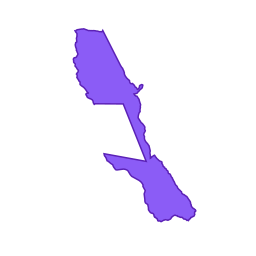 the district of La Poma, Salta, Argentina, rotated 329°
{"feature_id": "61730980B84051306954372", "entity_name": "La Poma", "entity_type": "district", "adm_level": 2, "iso_a3": "ARG", "parent_name": "Argentina", "parent_adm1": "Salta", "projection": "natural_earth1", "projection_center": [-66.198, -24.176], "detail": "fine", "context": "isolated", "style": "filled", "palette": "violet", "viewbox_px": 256, "rotation_deg": 329, "n_neighbors": 0, "source": "geoboundaries", "source_scale": "gbopen_adm2", "svg_char_len": 5940}
<svg xmlns="http://www.w3.org/2000/svg" viewBox="0 0 256 256"><g transform="rotate(329 128 128)"><path d="M141.0,210.1L140.7,209.6L140.5,208.4L140.0,206.8L139.7,205.3L139.8,204.4L139.9,204.0L140.0,203.3L139.9,202.6L139.6,201.8L139.5,200.5L139.9,198.1L139.9,196.1L140.1,195.1L140.0,194.5L140.1,194.1L140.3,193.7L140.0,192.1L140.0,191.6L140.2,191.1L140.3,189.8L140.3,189.2L140.0,188.6L139.4,188.0L139.3,187.7L139.4,187.1L139.6,186.6L140.0,185.6L139.8,184.8L139.6,184.4L139.4,183.9L139.6,182.6L139.4,182.1L138.9,181.4L138.9,181.1L138.9,180.7L139.1,180.4L138.5,179.3L138.4,179.0L138.7,178.2L138.8,177.1L138.9,176.6L138.7,175.9L138.8,175.7L139.3,175.2L139.5,174.7L139.5,174.4L139.2,174.1L139.1,173.7L138.3,172.8L137.8,171.7L137.5,170.6L136.9,168.6L137.0,167.8L136.7,167.0L136.7,166.5L136.8,165.5L136.7,165.0L135.5,164.8L134.7,165.0L134.2,165.1L133.7,164.9L133.3,165.1L132.6,165.4L131.6,165.4L133.0,163.1L133.9,160.7L134.5,159.9L135.1,159.3L135.4,158.7L136.9,153.9L136.7,152.9L136.7,151.5L136.3,149.7L136.2,149.0L136.2,147.4L136.3,146.7L136.6,145.6L137.3,144.4L137.7,143.9L137.9,141.9L139.2,140.6L139.9,140.3L141.0,139.6L141.4,139.3L141.6,138.6L141.5,138.1L141.7,137.6L142.0,137.3L142.0,136.9L142.9,136.0L143.0,134.9L142.9,134.3L142.8,132.7L142.5,131.2L142.0,130.2L142.1,128.3L141.9,127.9L141.8,127.5L142.0,127.1L142.0,125.8L141.8,125.4L142.2,123.9L143.7,122.2L145.0,121.0L146.0,120.4L146.7,120.3L147.1,119.7L147.3,119.1L147.7,118.5L149.0,117.0L149.4,116.5L149.6,115.9L149.9,115.5L150.8,114.6L151.0,113.8L151.2,112.7L151.6,111.1L151.9,110.0L152.2,109.2L152.2,108.6L152.1,107.9L152.1,105.9L152.0,105.2L151.3,104.9L151.0,104.3L150.9,103.9L150.7,103.5L150.7,101.9L152.9,102.7L154.1,102.8L155.1,102.2L156.1,102.1L158.3,101.3L159.9,101.2L161.0,100.8L162.8,98.9L162.5,98.2L162.1,97.8L160.3,97.6L159.9,97.7L159.6,97.8L158.9,98.7L158.2,99.3L157.0,99.8L156.1,99.9L155.9,99.6L155.9,99.2L156.0,98.4L155.9,97.9L155.8,97.3L155.3,96.8L155.3,96.4L155.4,94.5L155.3,94.1L155.1,93.7L155.0,92.9L154.8,92.5L154.8,92.2L154.5,92.0L153.7,91.8L153.4,91.6L153.0,90.6L153.1,89.4L153.3,89.0L153.7,88.2L153.7,87.8L153.3,87.0L152.9,85.5L152.6,84.4L152.5,82.8L152.4,82.5L152.6,80.3L153.0,79.2L153.4,78.6L153.6,77.4L153.8,76.6L153.9,75.0L154.1,74.2L154.1,73.9L153.9,73.2L153.8,72.2L153.8,70.2L156.6,31.4L156.3,31.6L156.0,31.7L155.6,32.0L155.2,32.1L154.0,31.2L153.2,30.8L153.0,30.6L152.5,30.0L151.4,28.9L150.8,28.6L149.8,27.6L148.9,27.0L148.7,26.8L147.3,26.1L146.8,25.7L146.2,25.4L146.0,25.2L145.4,24.8L144.5,24.2L144.2,24.1L143.7,23.4L143.0,22.4L142.4,21.8L141.8,20.9L141.4,20.5L140.8,20.0L139.6,19.6L139.1,19.2L138.3,19.0L137.8,18.6L137.4,18.6L135.6,17.8L134.2,17.5L133.8,17.6L133.3,18.0L132.9,17.8L132.7,17.6L132.6,18.6L132.9,20.6L132.8,20.9L132.5,21.5L132.4,21.6L132.1,22.0L131.5,23.2L131.0,23.6L130.9,23.6L130.2,24.4L130.0,24.5L129.7,25.3L129.2,26.2L128.7,27.4L128.3,27.9L128.0,27.9L127.2,27.8L126.7,28.5L126.0,29.0L125.4,30.0L124.8,31.7L124.8,32.2L124.6,32.8L124.6,33.3L124.5,33.8L124.0,34.4L123.7,34.9L123.7,35.4L123.8,35.7L123.5,36.7L123.3,38.4L122.8,39.2L120.7,40.3L120.4,40.6L119.4,40.6L118.1,40.1L117.1,40.4L116.5,41.0L116.0,42.5L115.8,42.7L115.3,43.7L115.3,44.1L115.5,44.5L115.5,44.8L115.7,45.5L115.7,46.0L115.5,46.4L114.8,47.2L114.6,47.5L114.5,47.9L114.6,48.5L114.8,48.9L114.9,49.4L114.8,50.8L114.9,52.2L115.1,52.5L115.0,53.2L114.1,54.2L113.2,54.4L112.9,54.5L112.5,54.9L112.2,55.1L111.9,55.0L111.6,55.2L111.7,55.4L111.7,56.0L111.4,57.0L110.8,57.8L110.4,58.1L110.2,58.3L110.2,58.9L110.4,59.1L110.2,59.8L110.4,61.2L110.3,61.5L110.1,62.0L110.1,62.3L110.6,63.3L110.2,64.6L109.9,65.0L109.3,66.1L109.5,66.7L109.9,68.0L111.0,70.4L111.4,72.5L111.6,75.3L111.5,75.7L111.7,76.7L111.9,76.9L112.0,77.3L112.0,77.5L111.7,77.7L110.9,77.1L109.6,77.1L109.1,77.8L109.2,79.3L109.0,79.8L109.0,80.8L109.3,81.5L109.7,82.0L110.1,82.9L111.0,83.6L111.2,84.4L111.8,85.3L111.9,85.8L111.9,86.7L111.7,87.3L111.6,87.7L111.5,87.8L111.4,88.0L111.2,88.9L111.2,89.6L111.3,89.9L111.2,90.4L111.3,91.0L111.5,89.8L136.3,104.9L126.4,166.0L94.2,137.7L93.6,139.5L93.6,140.3L93.8,140.8L93.7,141.8L93.8,142.4L93.2,145.3L93.7,145.8L93.8,146.5L94.3,147.4L94.9,149.4L95.8,151.2L96.0,151.9L95.7,152.8L95.6,154.3L95.9,157.2L96.2,157.7L97.0,158.3L103.0,160.9L104.1,161.8L105.2,163.1L105.8,164.3L105.9,164.8L105.9,169.0L106.0,169.9L106.3,171.4L110.5,178.6L111.3,180.7L111.6,182.6L111.6,184.4L110.7,185.8L110.5,190.6L107.9,192.8L105.6,198.0L104.8,199.4L104.5,200.4L104.4,201.2L104.6,201.8L105.0,202.5L105.5,204.0L105.2,204.6L104.6,206.5L103.4,208.7L103.5,211.0L103.7,212.1L104.3,213.1L105.2,213.8L105.5,214.8L105.5,215.9L105.2,216.3L105.1,216.7L104.9,217.6L105.0,218.3L105.4,218.4L105.5,218.8L105.8,220.2L106.2,220.5L106.1,221.9L105.8,222.6L106.0,223.3L106.4,223.5L106.7,223.6L107.1,223.8L107.6,224.4L107.9,225.1L108.2,225.3L108.4,225.4L110.6,225.4L111.1,225.4L111.7,225.7L112.5,225.7L112.9,225.9L113.6,226.6L114.3,227.1L114.6,227.6L115.1,227.7L115.5,227.8L115.9,227.7L116.2,227.8L117.6,227.9L119.1,227.2L119.4,226.9L120.4,226.9L121.8,226.6L123.4,226.9L124.5,228.3L125.0,228.5L125.1,229.4L125.8,230.0L126.4,230.9L126.6,231.0L126.8,231.5L127.2,231.8L127.7,232.0L128.2,232.3L128.2,232.5L128.6,232.9L128.6,233.2L128.7,233.7L128.7,233.9L128.9,234.7L129.7,235.3L130.4,236.0L130.7,236.7L130.9,237.5L131.4,237.6L132.1,238.5L132.6,238.1L133.2,238.1L133.5,237.8L134.3,237.7L134.8,237.8L135.3,237.5L135.4,237.3L135.6,237.1L136.1,237.1L136.7,237.4L137.2,237.3L138.1,237.3L138.5,237.5L139.1,237.5L139.4,237.4L139.8,237.1L140.7,236.5L141.1,235.3L141.9,234.4L142.1,234.2L142.9,234.3L143.2,234.1L143.5,233.8L143.5,233.6L143.4,233.1L143.6,232.8L143.3,232.3L143.2,231.9L143.1,231.6L142.9,231.0L142.5,230.6L142.4,229.9L142.2,229.3L142.1,228.4L142.0,227.8L142.2,227.1L142.5,226.8L142.8,224.7L143.3,223.9L143.4,223.2L143.4,221.8L143.2,219.7L143.2,217.7L143.0,216.7L142.5,216.0L141.7,213.9L141.3,213.7L141.0,213.1L140.9,212.6L140.7,212.4L140.5,212.0L140.6,211.4L141.0,210.1Z" fill="#8b5cf6" stroke="#5b21b6" stroke-width="1.5"/></g></svg>